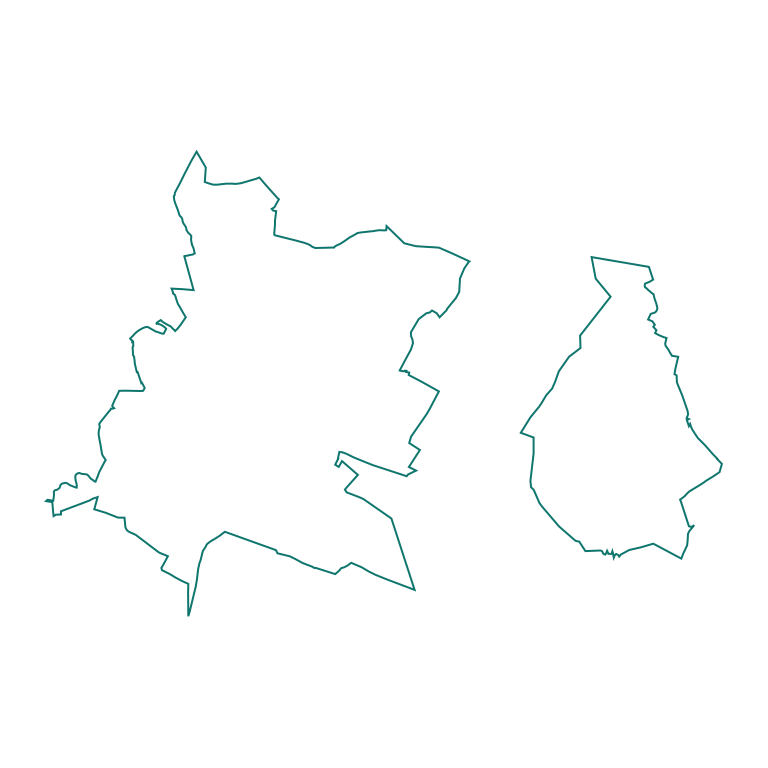 outline of Tlalnepantla de Baz, México, Mexico
{"feature_id": "50627088B83704156466481", "entity_name": "Tlalnepantla de Baz", "entity_type": "district", "adm_level": 2, "iso_a3": "MEX", "parent_name": "Mexico", "parent_adm1": "México", "projection": "natural_earth1", "projection_center": [-99.176, 19.546], "detail": "fine", "context": "isolated", "style": "outline", "palette": "teal", "viewbox_px": 768, "rotation_deg": 0, "n_neighbors": 0, "source": "geoboundaries", "source_scale": "gbopen_adm2", "svg_char_len": 6060}
<svg xmlns="http://www.w3.org/2000/svg" viewBox="0 0 768 768"><path d="M414.6,589.9L391.4,518.5L363.5,499.1L360.0,497.5L353.1,494.8L346.7,492.4L344.9,489.6L346.6,487.5L357.9,474.9L342.0,461.1L338.8,466.9L335.2,464.7L338.3,458.5L338.0,458.2L339.4,451.9L341.7,452.2L343.6,452.7L347.1,454.1L353.9,457.5L372.7,465.1L406.7,476.2L408.0,474.5L416.1,470.6L408.9,467.0L419.9,450.0L409.2,443.0L411.1,436.6L426.8,413.9L429.9,408.5L438.9,391.4L421.9,381.9L408.7,375.0L409.2,372.6L405.8,371.9L405.9,371.4L406.5,371.0L406.5,370.8L404.6,370.7L404.3,371.0L403.0,371.3L399.7,370.5L406.2,358.2L410.9,349.6L413.0,343.2L412.3,338.9L411.1,336.4L410.9,332.3L418.7,319.1L426.3,313.3L429.9,312.4L432.0,310.5L436.8,313.3L439.6,317.3L446.5,310.3L447.3,308.6L456.0,297.9L459.2,291.9L460.0,278.5L464.2,268.6L468.5,262.2L469.4,261.4L452.6,253.6L438.8,247.6L416.0,246.2L404.3,243.3L386.6,226.1L386.2,230.2L384.0,230.4L379.5,230.2L376.1,230.6L373.0,231.2L371.2,231.3L360.5,232.5L357.2,233.1L356.8,233.5L351.1,236.7L350.4,236.9L344.5,241.1L340.1,243.9L337.5,245.0L335.2,246.3L334.2,247.2L334.9,247.5L316.0,248.0L315.0,247.9L312.1,246.7L310.2,245.2L307.7,244.0L304.2,242.8L295.4,240.4L285.3,237.9L274.6,235.2L274.2,234.3L275.0,224.1L275.0,220.4L276.2,211.2L273.0,210.5L271.7,208.9L274.4,207.3L278.9,199.3L276.8,197.3L265.7,184.9L259.4,177.5L256.1,178.8L241.0,183.2L236.1,183.9L232.1,183.7L226.0,183.7L217.0,184.7L212.9,184.6L208.5,183.3L204.8,182.0L205.8,167.6L196.6,151.7L191.4,160.7L184.9,173.2L180.2,182.7L175.7,191.2L174.9,192.9L174.6,195.3L173.8,196.1L174.2,199.7L174.5,201.0L175.2,203.2L177.8,209.9L179.4,214.9L179.8,215.8L181.0,216.9L182.1,218.5L182.8,221.9L183.5,223.5L185.6,226.6L186.3,228.5L186.4,229.9L188.1,232.6L190.6,235.0L191.3,236.0L191.1,237.5L191.2,238.5L191.0,239.5L191.7,243.7L192.0,244.1L192.1,245.2L193.4,247.8L194.7,253.4L192.7,254.5L187.7,255.5L187.4,255.7L184.7,256.0L184.3,256.2L193.6,290.1L182.8,289.2L171.6,288.6L173.1,292.7L173.0,293.5L174.8,294.8L175.3,295.8L176.4,299.6L177.7,303.4L178.1,304.2L180.1,307.5L182.6,312.0L185.8,317.3L180.6,324.8L178.4,327.6L177.4,328.9L176.4,329.7L175.2,331.0L170.3,326.1L168.6,325.4L163.3,322.3L162.1,321.4L160.8,320.1L157.9,321.9L156.9,322.7L156.5,323.3L156.6,323.8L157.4,323.7L159.4,324.2L161.2,324.9L163.4,326.3L164.9,327.4L166.2,328.9L163.7,333.7L162.6,333.7L160.5,333.1L157.0,331.8L155.9,331.6L148.2,327.2L147.0,326.9L144.5,327.4L141.9,328.6L138.9,330.3L136.3,332.3L134.7,333.8L133.5,335.2L130.1,338.6L130.8,339.5L132.2,340.4L132.3,340.8L132.2,341.9L132.9,341.6L133.1,341.6L133.3,346.3L132.6,347.1L133.1,355.3L134.1,356.8L134.8,362.5L134.7,363.1L136.8,372.1L137.5,371.9L137.8,372.5L141.3,383.1L141.9,382.7L144.7,387.9L143.9,389.5L142.9,390.9L140.4,391.0L125.8,390.7L119.2,390.8L116.7,396.2L114.6,400.2L112.2,405.8L112.8,406.8L114.1,408.2L112.4,408.7L110.9,408.7L110.8,409.3L107.3,413.5L100.6,421.9L99.4,423.6L99.3,425.1L99.8,426.7L99.8,427.2L99.1,429.3L98.8,430.9L98.6,433.4L98.8,435.7L99.5,439.6L100.5,444.8L101.7,452.1L102.2,454.5L103.0,456.1L105.7,460.0L104.7,461.6L99.3,471.9L97.7,476.3L95.5,481.7L94.8,481.5L94.1,481.1L92.7,479.9L90.9,478.7L90.5,478.3L88.4,475.7L87.5,474.9L86.9,474.5L85.5,474.2L82.4,474.0L79.2,473.0L78.1,473.2L76.9,473.8L75.7,474.9L75.4,476.1L75.3,476.9L75.6,480.4L76.4,483.1L76.8,485.6L76.7,487.6L75.8,487.5L71.2,485.7L70.2,485.3L68.6,484.3L68.0,483.8L66.7,483.1L66.0,482.9L65.2,482.9L64.4,483.1L62.7,483.4L62.2,483.6L61.4,484.1L60.5,485.0L59.8,487.2L59.5,487.9L57.9,489.2L56.9,489.8L55.3,490.2L54.6,490.5L54.1,491.3L53.8,492.1L54.0,494.6L53.8,496.8L53.2,500.8L47.5,499.8L46.1,501.1L52.3,502.1L53.2,512.7L53.6,516.1L55.8,514.7L61.0,514.5L60.9,511.3L89.1,500.7L93.0,498.6L97.6,497.1L94.3,509.3L105.8,512.8L113.1,515.7L118.0,517.6L124.5,517.7L125.4,526.9L125.9,528.5L127.3,530.6L129.2,531.9L135.8,534.9L158.7,552.3L160.1,553.0L167.9,556.2L163.3,564.7L161.4,567.9L162.0,570.2L167.7,573.0L170.9,574.7L174.9,577.2L181.8,580.9L188.3,583.9L188.1,592.8L188.3,616.3L189.7,611.5L195.7,586.8L196.9,579.7L198.1,569.3L199.4,563.4L200.5,560.4L201.7,555.7L202.2,553.5L203.0,550.7L205.7,546.7L206.6,544.7L207.8,543.4L211.1,541.0L215.1,538.7L219.9,535.6L222.7,533.4L224.9,531.8L275.9,550.1L277.5,553.3L289.8,556.3L295.5,559.1L302.6,563.0L312.7,566.9L314.3,568.0L315.8,567.9L335.2,574.1L339.1,570.7L341.3,568.1L343.9,567.4L347.2,565.8L351.2,562.8L361.7,567.3L368.6,571.4L375.0,574.6L387.6,579.7L414.6,589.9ZM681.3,558.6L683.2,553.7L687.1,545.4L687.6,541.0L688.0,533.9L688.6,532.5L689.4,531.0L693.1,526.6L694.2,525.1L692.1,526.6L690.1,526.7L688.9,526.2L681.2,502.4L680.1,499.6L682.2,498.1L684.5,496.3L688.2,492.4L689.5,491.3L699.4,485.3L703.3,482.8L706.8,480.3L712.1,477.1L719.5,472.2L721.9,463.9L720.9,462.9L717.1,458.9L717.3,458.7L712.5,453.8L709.7,450.5L704.7,444.9L698.0,438.2L694.8,433.5L692.4,429.7L691.2,427.2L690.1,423.9L688.9,426.1L686.8,420.0L688.8,419.1L686.6,418.0L687.6,415.9L688.1,414.2L687.6,411.0L682.2,395.3L678.5,386.4L676.9,382.2L676.7,377.9L676.7,375.8L676.4,375.2L674.5,374.2L675.4,368.6L678.2,356.8L672.0,355.8L669.6,352.0L668.6,349.9L665.6,345.8L665.2,343.6L666.5,338.0L663.5,337.1L658.6,335.0L655.1,333.1L656.4,330.2L653.3,326.8L654.8,324.8L652.4,321.3L651.2,320.8L648.1,319.5L650.7,313.9L654.8,312.6L656.1,311.5L657.1,309.6L657.3,308.7L657.3,307.6L656.1,302.9L655.0,300.0L654.1,296.9L653.5,294.1L652.8,293.8L651.7,293.0L649.0,290.6L648.4,290.2L648.0,289.7L646.3,288.1L645.1,287.3L644.7,285.8L644.9,284.1L645.1,283.6L649.6,281.8L653.1,279.6L648.9,266.9L591.6,257.1L595.7,278.6L610.6,296.7L580.1,335.6L580.5,348.0L569.1,356.7L558.9,371.2L555.1,381.8L552.1,388.6L546.2,395.3L541.6,403.0L539.2,406.6L530.5,417.2L520.8,432.8L533.6,437.5L533.6,453.5L530.4,481.0L531.1,487.4L533.6,489.6L539.5,503.1L542.0,506.5L559.0,526.4L575.5,540.8L579.3,541.7L585.4,551.1L600.6,550.5L602.1,551.2L603.4,553.9L605.3,554.6L606.1,553.3L607.1,550.8L607.9,552.5L608.4,553.8L611.6,553.9L612.4,551.2L612.9,552.8L613.8,557.6L614.8,555.2L616.0,554.0L616.6,554.1L617.2,554.6L618.1,554.9L618.5,555.4L619.2,556.6L620.9,554.5L629.2,550.0L640.6,547.4L653.3,543.7L681.3,558.6Z" fill="none" stroke="#0f766e" stroke-width="2"/></svg>